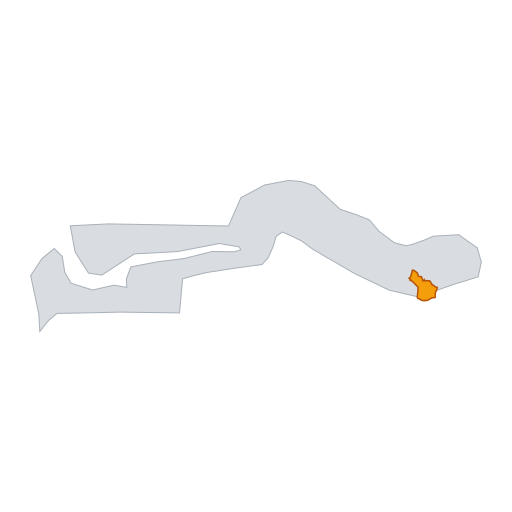 Basse, Upper River, Gambia shown in context
{"feature_id": "56634734B15786085247071", "entity_name": "Basse", "entity_type": "district", "adm_level": 2, "iso_a3": "GMB", "parent_name": "Gambia", "parent_adm1": "Upper River", "projection": "equal_earth", "projection_center": [-14.209, 13.292], "detail": "fine", "context": "in_parent", "style": "filled", "palette": "amber", "viewbox_px": 512, "rotation_deg": 0, "n_neighbors": 0, "source": "geoboundaries", "source_scale": "gbopen_adm2", "svg_char_len": 3130}
<svg xmlns="http://www.w3.org/2000/svg" viewBox="0 0 512 512"><path d="M70.3,225.8L108.4,223.9L154.6,224.7L204.8,225.6L228.5,226.0L241.0,197.6L264.6,185.0L288.8,180.4L301.4,181.6L314.7,185.8L340.2,209.3L356.1,214.6L369.5,220.0L379.1,231.4L394.3,242.7L406.3,245.8L413.5,244.0L425.3,239.7L433.2,236.2L458.6,234.7L477.3,247.8L481.3,262.1L478.2,276.8L453.0,284.6L418.2,296.9L389.3,290.2L354.3,273.4L333.8,261.4L325.3,256.6L312.5,249.0L301.3,240.8L290.5,235.5L282.3,232.0L276.2,236.3L273.1,246.5L268.2,257.8L262.0,264.5L232.6,268.5L206.2,272.6L192.0,276.1L182.6,278.8L179.5,312.9L149.6,312.5L120.3,312.1L89.8,312.8L57.0,313.4L48.6,320.4L39.8,331.6L38.9,314.5L30.7,275.6L42.0,258.5L54.2,248.5L62.3,256.5L64.8,272.4L71.0,283.2L92.5,290.0L113.8,285.2L126.8,287.4L126.4,278.6L130.9,266.9L156.8,261.9L184.1,258.5L212.2,251.5L234.2,251.8L240.8,249.9L239.2,246.9L219.4,243.5L177.3,251.6L134.4,253.9L101.8,275.1L88.5,273.1L75.1,252.0L70.3,225.8Z" fill="#d9dde1" stroke="#a8b0b8" stroke-width="1"/><path d="M424.1,279.9L424.0,280.0L423.9,280.5L423.5,280.9L423.3,280.9L423.1,280.9L422.8,280.7L422.7,280.6L422.6,280.4L422.5,280.1L422.5,279.5L422.5,279.4L422.4,279.0L422.2,278.3L421.6,277.2L421.4,276.8L421.3,276.7L421.1,276.6L420.7,276.5L420.4,276.6L419.5,276.6L419.2,276.6L418.8,276.5L418.6,276.3L418.4,276.0L418.2,275.7L418.0,275.1L417.8,274.3L417.7,273.7L417.4,273.1L417.1,272.8L416.7,272.5L416.2,272.0L416.0,271.9L415.3,271.3L414.7,270.9L413.8,270.4L413.1,270.1L412.7,270.1L412.2,270.5L412.1,271.4L412.1,271.9L412.0,272.2L411.9,272.3L411.8,272.9L411.4,273.9L411.2,274.4L411.1,274.9L410.7,276.3L410.5,276.8L410.0,277.7L409.9,277.8L409.7,278.0L409.4,278.0L409.0,278.2L410.0,279.2L410.3,279.4L410.3,279.6L410.1,279.9L410.2,280.4L410.2,280.5L410.4,280.5L410.7,280.3L411.0,280.1L411.2,280.3L411.6,280.7L411.8,280.9L412.7,281.7L413.8,282.8L415.0,284.0L416.6,285.7L417.2,286.3L417.9,286.9L418.0,287.0L418.0,289.3L417.9,290.5L417.8,292.1L417.7,292.9L417.7,293.1L417.6,293.6L417.4,295.7L417.3,297.5L417.7,298.2L418.0,298.5L418.3,298.7L419.2,298.8L419.5,299.0L420.1,299.3L420.4,299.5L421.2,300.1L421.8,300.3L422.1,300.4L423.0,300.6L423.4,300.6L424.1,300.7L424.1,300.3L424.2,300.2L424.8,300.4L424.9,300.5L425.3,300.5L426.5,300.5L427.5,300.3L427.8,300.1L428.8,299.6L430.1,298.9L431.4,298.1L431.5,298.1L433.2,297.6L433.9,297.8L434.7,297.7L434.8,297.5L435.3,297.2L435.3,296.4L435.2,295.7L435.2,295.4L435.2,295.0L435.3,294.6L435.3,294.1L435.3,293.6L435.3,293.2L435.5,292.5L435.6,292.2L436.0,291.4L436.1,291.2L436.2,290.8L436.8,289.6L437.1,288.2L437.3,287.4L436.9,287.3L436.7,287.2L435.6,287.0L434.5,286.2L434.4,286.2L434.2,286.0L433.7,285.5L433.5,285.3L433.4,285.3L433.1,285.1L432.7,285.0L432.3,284.9L432.2,284.4L431.9,284.4L431.7,284.1L431.6,283.9L431.3,283.6L431.1,283.3L431.1,283.1L431.0,282.7L430.7,282.1L430.5,281.8L430.4,281.6L430.2,281.5L430.1,281.4L429.9,281.3L429.9,281.2L429.7,280.9L429.4,280.9L429.2,280.8L427.3,280.7L426.6,280.6L426.3,280.6L426.1,280.6L425.6,280.6L425.3,280.6L425.1,280.9L425.0,280.7L424.9,280.7L424.6,280.6L424.5,280.4L424.4,280.3L424.4,280.2L424.1,280.1L424.1,279.9Z" fill="#f59e0b" stroke="#b45309" stroke-width="1.5"/></svg>